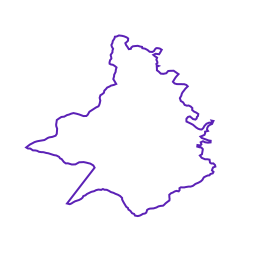 the district of Vicentinópolis, Goiás, Brazil, rotated 104°
{"feature_id": "56859067B52172624703615", "entity_name": "Vicentinópolis", "entity_type": "district", "adm_level": 2, "iso_a3": "BRA", "parent_name": "Brazil", "parent_adm1": "Goiás", "projection": "equal_earth", "projection_center": [-49.894, -17.738], "detail": "fine", "context": "isolated", "style": "outline", "palette": "violet", "viewbox_px": 256, "rotation_deg": 104, "n_neighbors": 0, "source": "geoboundaries", "source_scale": "gbopen_adm2", "svg_char_len": 3956}
<svg xmlns="http://www.w3.org/2000/svg" viewBox="0 0 256 256"><g transform="rotate(104 128 128)"><path d="M111.5,49.7L110.3,51.0L108.5,51.1L106.5,50.5L104.9,49.0L103.7,47.4L102.4,47.2L103.2,50.6L104.9,52.9L106.2,53.6L107.4,54.3L110.0,55.0L111.6,56.1L111.9,57.8L111.8,59.6L111.1,61.8L110.0,64.0L109.1,65.8L108.6,67.9L108.1,70.2L107.6,72.8L106.1,73.3L104.8,73.5L102.7,72.4L101.8,70.7L102.6,69.0L103.6,67.1L103.5,64.6L102.2,63.7L100.6,63.8L99.4,63.0L97.4,63.2L96.5,65.7L96.1,67.9L95.0,70.1L93.1,70.4L92.0,72.3L91.5,74.6L92.1,76.2L91.9,78.6L89.8,80.7L89.0,83.3L86.5,84.9L83.8,84.1L81.8,84.1L80.2,83.7L77.8,82.6L76.1,81.9L73.1,80.1L72.1,81.8L71.9,84.1L72.5,86.6L73.1,89.0L73.6,91.4L73.5,93.6L72.3,95.6L70.0,94.9L67.3,94.0L65.9,93.3L63.5,92.0L62.6,94.4L61.4,97.5L62.1,100.2L63.0,102.8L65.6,104.1L66.9,106.8L67.3,109.4L65.9,111.7L65.0,113.9L63.7,114.2L61.6,114.9L60.4,113.4L60.2,115.3L59.0,116.0L57.7,115.2L56.5,115.7L54.9,117.0L52.7,116.8L51.8,119.4L50.9,121.1L49.3,119.2L48.9,115.7L47.2,115.1L43.9,114.2L43.2,116.4L43.3,118.3L43.7,119.9L45.2,120.9L46.9,121.3L48.3,122.7L48.8,125.5L47.6,127.9L46.9,130.7L47.1,133.4L45.9,134.0L46.0,135.9L45.9,138.4L46.8,141.0L47.6,143.1L49.1,144.3L50.5,144.4L51.3,146.3L49.6,148.0L47.9,150.0L46.3,151.1L45.1,150.2L43.3,149.1L41.1,149.5L40.4,151.2L40.0,153.9L40.0,156.1L40.4,159.2L42.0,161.2L42.6,162.8L44.4,162.8L45.9,163.3L47.2,163.8L49.4,163.7L51.5,164.2L53.1,163.3L54.8,161.6L56.4,161.8L58.5,161.4L59.9,162.0L61.4,162.5L63.4,161.4L64.7,160.9L66.5,161.8L68.8,161.8L70.1,161.4L70.5,159.8L70.3,158.1L70.9,156.1L72.0,153.8L74.4,153.9L76.6,153.6L79.7,154.3L81.3,154.0L84.1,154.1L88.1,150.1L89.6,152.1L91.0,154.8L92.1,155.8L93.8,158.0L95.7,158.9L97.5,160.0L99.6,159.9L101.3,161.1L102.9,162.7L105.6,162.8L108.1,161.5L110.7,161.4L112.5,161.5L114.1,161.9L115.8,164.0L121.6,169.4L124.9,170.3L126.4,171.3L127.2,174.1L126.7,178.4L126.6,181.2L126.7,184.5L127.9,186.7L129.2,188.4L130.2,190.3L132.4,192.6L133.4,195.3L135.4,197.2L137.5,199.0L140.2,198.7L141.8,198.6L143.5,198.1L145.8,196.6L150.9,195.7L153.0,196.4L155.0,199.4L156.1,202.1L157.2,203.6L158.2,204.5L159.9,206.2L161.8,210.6L162.9,213.0L164.3,215.3L165.7,216.8L167.8,219.2L171.5,222.1L172.1,220.2L171.6,217.8L172.7,214.9L172.2,212.6L172.1,210.6L172.6,208.7L172.4,206.4L171.9,204.1L172.0,201.3L171.8,199.3L172.2,193.3L172.0,190.8L172.7,187.9L173.9,186.6L174.2,184.9L176.5,182.0L177.4,179.8L176.8,177.8L177.0,173.6L176.0,170.2L173.1,167.1L171.8,162.8L171.7,160.3L171.7,155.9L172.7,152.6L174.6,150.8L189.2,157.2L216.0,168.9L216.0,166.1L214.9,164.6L213.5,163.3L211.9,161.6L209.7,158.1L208.0,156.2L206.5,155.2L204.9,154.9L203.6,153.0L202.0,151.9L198.8,148.1L197.5,145.6L196.0,143.9L194.9,141.8L194.5,139.0L193.3,137.6L193.6,135.9L193.1,133.7L193.6,131.3L194.3,129.0L194.4,126.4L194.9,124.3L195.2,121.7L195.9,119.2L197.3,116.8L198.8,116.4L200.2,115.2L201.6,113.9L203.4,112.1L204.9,110.6L205.6,108.7L207.0,107.9L207.8,105.7L209.7,103.4L209.9,101.3L211.3,100.0L211.1,97.2L210.1,95.3L208.9,93.9L207.8,92.9L206.9,90.9L205.7,89.8L202.8,89.6L201.7,88.5L200.9,87.2L199.8,83.7L198.2,81.1L196.7,79.5L195.7,77.5L194.9,75.2L193.7,74.3L192.1,73.4L189.8,71.6L188.3,70.3L186.7,70.5L185.2,71.1L182.8,71.8L180.8,70.4L179.9,69.0L178.3,67.4L177.3,65.8L177.2,63.5L175.7,62.9L174.0,63.5L172.8,62.4L172.1,59.2L171.4,57.8L170.3,55.3L169.7,53.1L168.6,51.2L167.2,50.0L166.0,49.1L164.0,46.4L162.1,44.4L160.4,43.3L159.0,42.9L157.6,42.5L156.2,41.0L154.8,39.2L154.2,37.5L152.7,36.9L151.5,34.8L149.9,34.4L148.8,36.3L147.3,36.2L145.7,35.9L144.3,33.9L142.9,34.6L141.7,36.6L142.3,38.6L141.7,40.1L139.0,41.2L139.1,43.3L139.7,45.7L139.1,49.3L137.3,51.6L135.6,49.9L132.5,50.1L130.4,50.3L129.2,52.1L129.4,53.8L129.3,56.3L127.7,56.5L127.4,53.6L126.1,52.8L124.3,54.0L122.7,52.0L123.2,49.9L122.9,46.9L122.0,44.4L120.4,44.7L120.6,46.8L120.3,49.4L119.8,54.1L118.8,55.6L117.9,54.3L116.1,52.1L114.5,51.9L112.9,52.3L111.5,49.7ZM102.4,47.2L100.5,46.8L100.6,48.7L102.4,47.2Z" fill="none" stroke="#5b21b6" stroke-width="2"/></g></svg>